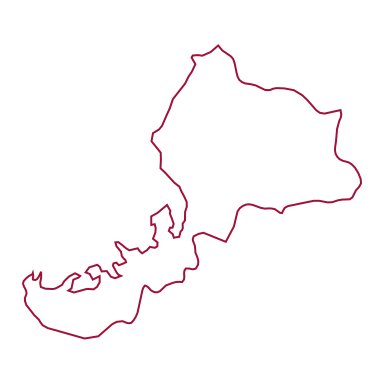 the border of Fukui
{"feature_id": "JPN-1848", "entity_name": "Fukui", "entity_type": "Prefecture", "adm_level": 1, "iso_a3": "JPN", "parent_name": "Japan", "parent_adm1": "", "projection": "natural_earth1", "projection_center": [136.049, 35.808], "detail": "fine", "context": "isolated", "style": "outline", "palette": "rose", "viewbox_px": 384, "rotation_deg": 0, "n_neighbors": 0, "source": "natural_earth", "source_scale": "10m", "svg_char_len": 3087}
<svg xmlns="http://www.w3.org/2000/svg" viewBox="0 0 384 384"><path d="M32.8,273.0L33.3,276.0L32.8,278.1L32.9,279.5L35.2,280.1L37.0,279.1L38.8,276.7L41.1,271.7L41.2,277.3L40.2,282.8L40.8,287.0L45.4,288.7L52.5,289.0L54.8,288.7L57.1,287.7L62.0,284.9L64.2,281.2L69.0,276.5L75.0,273.3L80.2,275.9L79.0,277.3L73.3,279.8L71.5,288.4L68.4,290.6L74.0,292.5L86.9,288.9L93.7,289.3L97.1,286.8L99.7,282.2L99.6,276.2L92.8,279.6L89.8,274.0L85.6,272.4L89.2,267.4L97.2,264.8L99.6,266.7L101.6,271.4L106.8,271.1L111.0,276.8L115.1,278.2L121.0,275.9L118.3,274.7L116.5,272.3L112.9,265.6L113.5,263.4L116.3,262.6L118.9,265.2L122.4,263.9L126.1,262.2L125.3,259.9L123.5,258.3L121.8,256.0L121.0,251.7L120.0,250.5L116.5,246.3L115.4,242.4L118.3,242.1L122.6,245.4L125.8,248.1L129.3,250.3L137.7,248.3L139.7,251.2L142.1,253.3L147.1,250.1L149.9,246.9L154.9,247.8L157.3,246.4L157.5,242.4L153.0,238.8L155.4,232.4L155.7,227.9L154.7,224.2L151.3,224.9L151.2,216.4L157.5,212.9L167.0,205.0L170.4,210.9L169.8,213.4L171.7,218.2L173.7,223.9L172.5,227.7L170.0,227.7L168.8,230.9L172.8,234.2L173.8,237.7L179.2,236.8L180.6,231.5L182.2,229.9L182.8,228.0L182.6,223.7L185.0,220.4L185.0,217.5L185.1,211.9L186.8,206.7L186.7,201.9L183.9,195.9L181.1,190.8L179.5,186.8L174.2,182.6L165.1,172.6L160.5,168.3L160.9,159.7L160.7,152.7L154.8,145.3L151.5,141.3L153.0,133.1L159.0,129.5L162.1,125.7L166.5,115.5L169.8,108.3L172.9,99.1L185.1,83.6L188.7,76.3L191.8,71.8L195.4,64.2L191.6,57.5L192.8,55.5L197.9,55.1L202.3,55.7L210.7,52.0L218.2,45.5L221.7,49.7L222.2,50.4L230.4,56.0L231.4,56.9L233.0,58.8L233.8,60.7L234.8,64.0L236.6,72.9L237.6,76.6L239.2,79.8L242.0,82.1L245.1,83.4L250.8,84.2L255.7,85.4L265.2,90.0L269.9,90.1L273.1,88.7L276.6,88.1L284.5,88.4L293.9,90.2L302.2,95.2L307.3,100.0L316.2,110.2L319.8,112.8L324.5,113.6L340.5,110.1L341.3,114.7L340.8,117.4L339.2,121.2L337.1,128.8L336.0,141.4L335.2,146.6L335.0,150.4L335.7,154.1L337.3,156.8L339.5,159.1L342.3,160.6L348.7,162.4L351.7,164.3L355.0,167.7L358.3,173.1L360.7,179.0L361.0,183.4L359.1,186.9L355.9,190.4L352.5,197.2L349.8,199.3L342.1,199.6L338.0,200.3L332.3,202.2L327.7,202.4L319.2,200.8L313.7,200.8L287.9,206.1L284.7,207.9L283.3,210.3L282.0,213.1L280.0,212.8L274.9,209.2L271.8,208.5L268.6,208.4L264.8,208.6L260.9,207.9L252.4,204.8L248.8,204.3L245.6,204.7L242.4,206.2L239.7,208.3L237.5,211.5L233.9,226.5L225.8,241.8L203.5,232.8L198.5,233.9L193.7,236.3L192.8,238.8L192.9,240.6L194.8,245.5L195.1,247.5L195.4,252.4L197.6,258.1L198.3,261.2L198.1,264.7L195.7,268.7L192.4,269.3L189.2,268.5L185.8,268.5L184.4,270.7L184.1,273.3L184.3,276.7L184.0,279.5L182.1,282.1L179.6,281.8L176.1,282.0L173.0,282.8L166.0,285.4L160.0,291.2L157.0,292.4L153.9,292.0L150.9,290.3L148.4,287.4L146.7,286.2L144.9,285.6L143.6,287.2L142.5,289.8L137.5,312.9L135.7,316.9L133.8,320.0L131.4,322.8L129.0,323.3L126.2,322.7L122.7,321.2L116.8,321.8L112.2,324.2L98.3,336.3L84.7,338.5L47.8,328.1L42.7,325.3L40.6,322.6L38.7,319.4L34.3,315.2L26.4,305.1L25.0,301.1L24.9,298.1L26.5,294.0L26.5,292.4L25.6,289.5L24.1,286.8L23.0,283.7L23.7,281.0L26.3,278.2L28.8,276.1L32.3,274.3L32.8,273.0Z" fill="none" stroke="#9f1239" stroke-width="2"/></svg>